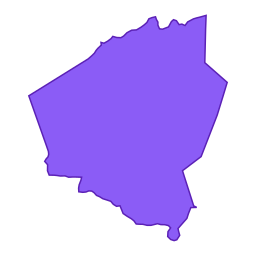 outline of Juru, Paraíba, Brazil
{"feature_id": "56859067B46938052827534", "entity_name": "Juru", "entity_type": "district", "adm_level": 2, "iso_a3": "BRA", "parent_name": "Brazil", "parent_adm1": "Paraíba", "projection": "mercator", "projection_center": [-37.806, -7.51], "detail": "fine", "context": "isolated", "style": "filled", "palette": "violet", "viewbox_px": 256, "rotation_deg": 0, "n_neighbors": 0, "source": "geoboundaries", "source_scale": "gbopen_adm2", "svg_char_len": 1408}
<svg xmlns="http://www.w3.org/2000/svg" viewBox="0 0 256 256"><path d="M206.1,15.4L199.6,17.2L196.7,17.9L193.4,18.9L187.7,21.9L185.0,25.5L181.9,24.1L179.1,24.6L176.4,20.7L173.5,19.7L171.4,21.6L168.5,26.9L162.5,29.2L159.5,28.8L157.9,25.1L157.9,22.1L156.4,19.5L155.5,16.8L152.0,17.6L148.9,18.8L146.9,22.5L144.3,24.8L141.2,27.1L136.5,29.9L131.7,30.2L127.1,32.6L123.6,36.1L120.9,37.7L116.7,37.5L112.8,36.4L111.1,38.6L107.6,41.2L104.0,43.2L101.0,42.4L101.3,45.1L97.9,48.3L96.2,50.3L94.4,53.2L91.5,56.0L88.2,58.9L28.8,95.8L46.4,145.6L48.4,151.4L48.7,154.2L48.1,156.7L46.1,159.0L44.7,161.4L47.6,164.7L47.5,170.8L49.2,175.1L54.2,175.2L57.1,175.5L60.3,176.0L65.1,175.9L68.6,177.2L72.5,177.0L75.5,177.0L81.6,177.2L81.0,180.1L79.2,184.7L78.6,188.1L78.8,191.8L82.8,192.3L86.0,192.0L88.8,190.9L91.8,191.1L94.1,192.7L96.5,195.4L99.6,196.7L102.8,198.7L106.6,199.9L110.8,201.3L113.3,204.3L116.5,206.3L120.0,205.8L121.8,210.2L123.1,213.5L126.9,216.1L131.4,218.8L133.9,220.8L136.2,224.0L139.2,224.2L142.9,224.3L147.0,225.3L151.0,225.3L154.3,224.5L157.5,223.7L160.8,224.6L164.9,224.7L168.5,225.6L170.6,227.9L168.0,231.6L167.7,236.6L170.7,239.5L174.1,240.6L176.8,239.8L179.7,235.3L178.6,231.3L178.0,228.5L186.9,218.4L188.4,213.7L190.8,207.6L196.7,207.4L193.7,205.9L184.2,176.2L182.5,170.7L201.1,156.6L217.2,115.1L223.2,95.6L227.2,82.4L204.8,62.7L205.6,28.9L206.1,15.4Z" fill="#8b5cf6" stroke="#5b21b6" stroke-width="1.5"/></svg>